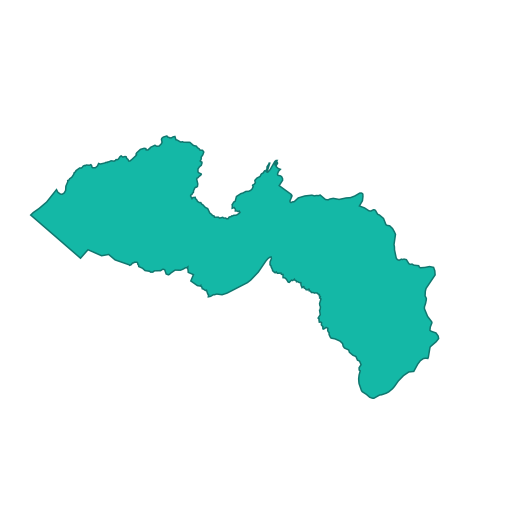 outline of Salcedo, Cotopaxi, Ecuador, rotated 221°
{"feature_id": "8360857B66602561776891", "entity_name": "Salcedo", "entity_type": "district", "adm_level": 2, "iso_a3": "ECU", "parent_name": "Ecuador", "parent_adm1": "Cotopaxi", "projection": "equal_earth", "projection_center": [-78.584, -1.057], "detail": "fine", "context": "isolated", "style": "filled", "palette": "teal", "viewbox_px": 512, "rotation_deg": 221, "n_neighbors": 0, "source": "geoboundaries", "source_scale": "gbopen_adm2", "svg_char_len": 6129}
<svg xmlns="http://www.w3.org/2000/svg" viewBox="0 0 512 512"><g transform="rotate(221 256 256)"><path d="M307.0,334.8L306.6,333.7L306.2,330.6L304.8,328.8L304.5,326.4L305.4,325.9L305.1,323.4L305.7,321.7L305.7,320.9L305.1,318.7L306.4,315.5L306.5,312.6L306.3,312.1L304.6,310.9L304.4,309.0L305.0,307.6L304.8,306.9L303.6,306.5L302.9,303.9L303.1,302.1L303.9,300.1L306.0,298.1L307.2,294.9L308.3,293.3L309.8,288.1L307.6,283.6L308.2,282.1L307.7,279.7L307.8,279.2L306.5,278.0L305.3,276.4L304.2,278.3L302.1,277.7L301.2,276.4L299.9,277.5L298.5,277.8L298.2,278.9L296.7,278.4L296.6,277.4L297.6,273.9L299.5,272.1L300.0,270.8L300.7,270.2L300.7,269.2L301.8,267.9L301.6,265.7L302.8,264.7L303.8,264.8L305.2,263.4L306.5,263.4L308.3,260.7L309.9,260.6L312.8,258.0L313.9,258.7L315.6,257.9L316.5,258.3L319.0,258.1L323.6,260.1L326.1,259.4L329.8,259.8L331.1,259.5L332.7,260.1L333.9,259.1L336.1,258.8L337.2,259.4L339.3,259.6L340.4,260.4L342.0,258.7L341.9,257.3L344.8,258.4L345.2,259.2L344.7,260.4L345.2,261.7L344.9,262.8L346.0,264.4L346.8,267.2L346.7,268.3L346.2,268.7L345.8,270.0L347.2,272.2L351.1,275.0L351.6,275.9L351.2,276.9L351.1,279.6L350.7,280.3L350.9,281.8L351.3,282.0L353.5,281.3L355.0,281.4L356.9,283.6L357.2,286.2L356.8,288.6L357.8,290.8L358.5,291.4L359.9,290.9L360.5,291.1L360.7,292.6L361.5,294.0L362.2,294.5L362.5,297.4L363.6,300.2L365.7,300.7L367.6,299.2L369.3,299.6L371.3,299.3L373.0,299.8L375.7,298.4L380.5,298.4L385.2,294.4L386.5,294.0L387.5,292.6L391.5,291.8L392.7,291.2L395.6,293.0L396.7,291.6L397.3,289.8L398.6,288.5L399.7,288.4L400.5,287.8L402.0,288.1L402.4,287.5L404.0,284.9L404.3,283.0L403.8,281.9L401.5,280.2L401.0,278.4L401.3,275.2L403.0,273.6L404.9,273.3L407.0,268.5L406.6,267.5L407.0,266.8L407.1,265.1L408.5,264.0L409.6,264.8L411.1,263.9L413.2,260.6L413.7,255.6L413.4,254.2L412.7,254.2L412.4,253.6L413.0,247.5L413.5,244.9L414.2,244.2L416.1,244.9L417.5,244.8L419.1,245.7L420.1,245.2L421.5,243.2L423.5,243.1L423.8,241.5L423.4,238.9L423.8,237.8L424.9,236.9L424.8,235.8L425.4,234.4L427.8,232.8L428.9,230.4L429.5,229.9L429.7,228.8L430.6,228.4L431.1,227.0L433.9,223.2L435.5,222.6L434.7,219.9L435.1,217.3L437.0,215.5L438.2,215.5L439.4,216.4L440.6,216.6L441.2,215.2L443.8,213.3L444.0,212.3L444.6,212.1L445.4,210.6L445.3,208.7L445.6,207.7L446.8,206.8L447.9,202.3L447.5,201.5L447.8,199.2L447.4,198.9L447.0,197.2L446.7,194.5L447.3,192.0L447.0,190.7L447.6,189.4L446.8,188.7L445.3,184.0L442.7,180.6L442.1,177.8L442.8,175.4L444.2,174.4L447.4,174.1L450.1,175.2L449.4,159.4L450.9,149.5L452.6,142.7L452.9,139.1L387.0,139.2L386.9,150.5L372.7,154.9L368.2,160.5L359.8,160.6L345.8,166.2L345.2,166.1L344.5,167.6L344.6,169.6L343.8,170.6L343.7,171.5L341.8,173.2L340.8,173.1L339.5,172.1L338.5,172.1L337.6,171.1L333.6,172.3L330.2,172.2L326.2,174.7L325.1,174.6L323.3,176.1L322.9,178.2L318.4,182.3L317.7,184.8L316.9,185.4L315.8,185.7L312.0,183.5L309.8,184.3L309.3,185.3L309.1,187.3L307.8,192.3L303.7,195.7L302.4,198.3L301.5,200.9L300.6,201.7L300.3,203.0L299.4,201.6L298.7,201.4L296.4,199.2L291.0,200.9L288.8,194.4L280.8,195.2L278.6,196.6L278.4,197.6L277.8,197.0L276.7,197.1L275.0,196.0L274.3,196.5L271.5,196.8L270.9,197.7L267.4,195.6L266.6,195.8L265.2,193.9L263.8,195.8L262.7,199.0L262.0,199.4L260.7,201.5L256.2,204.5L253.5,209.0L245.0,230.3L244.2,234.4L243.7,245.4L245.3,259.0L245.3,262.0L244.7,264.3L244.0,265.2L242.6,264.1L241.6,260.9L239.6,258.5L238.2,258.4L237.4,257.7L234.8,256.6L233.7,255.7L232.2,256.0L231.6,255.6L230.5,255.9L230.3,257.3L228.6,256.9L225.9,259.5L224.8,258.8L223.5,259.8L221.4,257.4L220.0,258.4L217.8,258.4L214.5,257.4L213.6,257.9L213.4,261.1L212.2,261.5L211.8,263.7L210.9,263.2L209.6,263.7L208.5,263.1L207.6,264.1L205.9,264.3L204.7,265.3L203.1,263.7L200.5,262.3L200.1,264.0L199.8,264.2L198.6,263.4L197.0,263.8L196.1,263.4L195.0,264.1L194.7,265.4L194.0,265.8L193.2,264.6L191.8,265.2L190.2,264.8L188.7,266.1L187.6,266.3L187.3,266.9L185.5,268.2L184.4,268.0L182.9,268.5L182.2,267.4L180.9,267.7L180.5,266.1L178.8,266.2L176.8,261.8L175.6,260.7L174.0,259.9L172.4,257.6L172.5,256.8L169.0,253.9L168.4,249.9L167.0,249.9L166.7,249.2L164.8,247.6L163.9,248.6L162.8,248.7L161.5,246.9L159.0,246.5L158.4,245.5L157.5,244.9L157.0,245.2L156.2,248.1L154.3,248.6L153.0,246.8L151.8,246.2L150.7,246.2L149.2,244.6L146.1,243.3L145.3,243.4L142.0,245.3L136.8,246.9L133.2,246.7L131.0,245.1L128.9,244.6L124.4,245.9L122.3,244.6L117.7,244.7L114.7,245.7L111.1,244.0L108.9,244.6L105.4,242.9L104.9,239.3L103.3,237.6L102.0,237.7L100.1,233.8L97.9,230.6L96.0,228.7L94.5,227.3L88.1,223.6L86.7,223.3L81.9,224.0L77.5,224.0L74.9,225.0L73.7,226.0L71.5,232.2L70.2,233.6L67.7,237.9L66.7,240.5L65.9,245.3L65.9,248.1L66.6,255.0L66.2,262.6L64.6,268.7L61.2,272.4L63.0,280.5L63.3,284.8L62.4,288.4L60.9,290.2L59.1,291.4L59.6,292.8L64.7,301.1L64.9,302.0L63.8,309.5L64.0,313.5L66.0,315.1L69.7,316.0L74.5,314.1L76.0,314.0L77.9,316.8L79.4,321.0L80.2,321.6L86.9,323.0L94.3,326.7L95.5,328.1L97.0,331.6L98.7,334.6L99.7,335.8L102.2,336.8L105.1,340.5L106.4,343.1L108.4,359.2L111.3,362.1L114.5,363.9L118.1,361.9L121.0,358.2L124.3,354.9L125.4,354.8L126.9,355.4L130.9,352.6L132.9,352.3L134.2,350.8L135.6,350.5L140.1,351.9L142.2,350.8L143.3,349.3L144.2,349.0L145.2,346.6L147.1,346.0L148.9,346.5L155.5,351.5L157.5,353.7L159.3,355.1L164.9,363.8L167.4,365.0L171.0,366.3L174.9,366.5L177.4,365.0L178.5,364.9L184.4,368.0L189.7,367.9L191.6,367.3L195.6,368.7L196.6,368.7L197.7,368.0L198.8,365.3L200.4,364.2L205.6,363.5L210.8,361.6L211.9,367.5L214.3,371.0L216.0,372.8L216.8,372.9L217.9,372.6L219.0,371.5L220.8,366.1L223.0,362.0L226.1,358.9L230.4,353.2L235.5,350.2L237.7,347.4L238.4,345.7L240.6,344.2L247.6,344.1L248.4,342.6L250.2,341.2L251.3,339.7L253.7,338.6L258.5,333.4L262.2,327.6L262.8,322.2L263.3,321.4L263.7,321.2L264.7,319.2L265.5,319.1L266.5,319.7L268.1,324.6L268.5,325.1L268.9,324.6L269.7,325.6L284.7,324.3L285.6,330.6L286.7,331.8L288.8,332.7L290.4,332.4L292.3,331.3L293.2,331.6L293.9,332.7L294.6,334.8L294.5,337.4L296.6,336.6L299.5,336.7L300.2,337.8L300.5,340.0L301.0,340.4L301.2,337.3L301.6,337.3L302.4,339.6L302.8,341.9L303.5,341.3L303.8,339.7L302.0,330.5L302.1,327.0L302.7,326.5L303.5,327.1L303.7,328.6L306.5,335.1L307.0,334.8Z" fill="#14b8a6" stroke="#0f766e" stroke-width="1.5"/></g></svg>